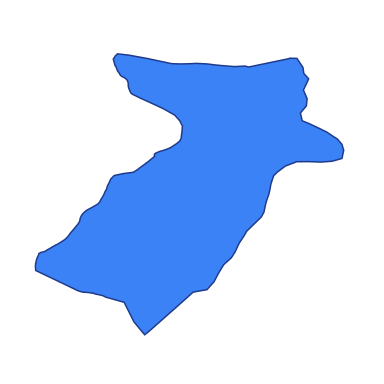 Thula, Amran, Yemen, rotated 99°
{"feature_id": "15242507B3990952227589", "entity_name": "Thula", "entity_type": "district", "adm_level": 2, "iso_a3": "YEM", "parent_name": "Yemen", "parent_adm1": "Amran", "projection": "equal_earth", "projection_center": [43.832, 15.591], "detail": "fine", "context": "isolated", "style": "filled", "palette": "blue", "viewbox_px": 384, "rotation_deg": 99, "n_neighbors": 0, "source": "geoboundaries", "source_scale": "gbopen_adm2", "svg_char_len": 2908}
<svg xmlns="http://www.w3.org/2000/svg" viewBox="0 0 384 384"><g transform="rotate(99 192 192)"><path d="M340.4,216.4L336.5,212.8L321.6,200.5L300.7,183.3L290.7,175.2L286.1,161.9L277.2,156.2L268.6,153.3L258.8,149.3L250.9,142.9L244.8,140.2L234.9,137.3L227.1,133.7L222.3,131.9L213.3,125.2L205.8,119.6L200.7,117.8L191.6,117.3L186.7,116.6L182.0,115.7L176.9,115.4L171.7,115.3L163.2,113.9L159.1,110.9L151.8,103.9L145.6,93.1L145.3,90.8L143.8,81.8L143.0,75.5L142.3,69.4L139.7,58.4L135.4,49.1L127.0,48.7L121.4,51.4L116.9,56.8L114.6,62.1L111.8,68.1L109.8,74.5L106.3,86.3L104.4,94.3L97.0,97.3L89.1,92.5L81.8,92.9L73.9,97.9L66.1,95.6L62.0,94.5L57.4,100.1L51.6,101.9L43.6,109.3L44.6,116.6L45.1,116.9L45.5,118.1L59.7,155.6L59.3,159.3L60.9,166.9L61.5,169.9L62.4,181.4L62.9,189.6L63.1,196.7L64.2,207.3L65.8,215.1L67.3,223.2L68.1,229.5L68.4,232.5L67.7,246.2L67.1,257.6L66.7,276.0L67.2,287.2L69.4,288.9L71.4,289.8L72.7,290.5L73.6,290.3L77.1,288.7L78.9,288.0L80.1,286.7L82.1,285.6L84.4,284.3L85.7,282.7L87.0,281.8L88.4,280.3L89.1,278.5L89.7,276.8L90.7,274.7L91.8,273.4L93.5,272.5L94.8,271.9L96.3,271.7L98.1,271.3L99.4,270.7L100.8,269.8L101.6,269.4L102.3,269.0L103.6,268.0L104.5,266.8L105.2,264.8L107.9,255.9L111.6,242.4L114.1,233.7L118.8,221.1L123.6,215.2L128.4,211.8L134.5,211.3L141.0,211.2L143.8,212.2L144.2,212.6L145.4,213.7L146.7,214.8L147.8,216.1L148.5,216.8L148.9,217.3L150.1,218.5L151.1,219.6L152.1,221.0L153.0,222.5L153.9,224.0L155.0,226.1L155.9,227.8L156.5,229.4L157.3,230.8L158.3,232.4L159.2,233.8L159.3,233.9L160.0,234.6L160.4,235.0L161.9,234.9L162.6,234.5L168.8,240.0L176.0,247.1L178.6,249.5L181.7,253.1L182.9,257.1L184.6,262.9L184.8,263.5L187.9,271.4L191.9,274.3L192.6,274.4L194.3,274.9L195.9,275.4L197.3,275.8L198.6,276.3L200.3,276.6L201.8,276.8L203.1,277.0L204.4,277.6L205.8,278.1L207.8,278.5L209.3,279.0L210.9,279.6L211.9,280.0L212.5,280.3L214.3,281.0L215.7,281.4L217.2,282.2L218.4,283.0L219.6,284.3L220.8,285.8L221.9,287.2L222.9,288.4L223.9,289.7L224.9,291.1L226.0,292.5L227.1,293.7L228.3,294.8L229.5,295.7L231.0,296.8L232.6,297.5L234.0,297.9L235.5,298.3L237.0,298.3L238.4,298.4L239.9,298.9L241.5,299.6L243.2,300.6L244.7,301.5L246.0,302.3L247.3,303.0L248.5,303.8L250.0,304.7L251.9,305.9L253.2,306.5L254.7,307.2L256.5,308.4L258.0,309.5L259.2,310.5L260.2,311.7L261.4,312.9L262.5,314.3L264.2,316.1L265.8,318.5L267.1,320.0L268.1,321.4L269.1,322.5L270.2,323.8L271.3,325.3L272.3,326.5L273.4,327.7L274.3,329.0L274.8,330.7L275.6,332.2L276.7,333.6L278.1,333.8L279.6,334.1L280.9,334.6L282.3,334.8L283.7,335.1L285.2,335.1L286.6,335.2L287.0,335.3L289.6,335.1L294.0,334.1L307.4,289.0L307.9,285.1L308.0,284.3L307.9,282.6L307.7,280.9L307.5,279.0L307.5,277.0L307.5,275.1L307.5,273.5L307.9,271.1L308.0,269.3L308.0,269.0L308.0,267.6L308.2,265.8L308.3,264.2L308.7,262.6L309.3,261.1L311.6,241.7L329.4,229.0L332.7,225.2L335.7,221.8L336.6,220.8L338.5,218.6L340.4,216.4Z" fill="#3b82f6" stroke="#1e3a8a" stroke-width="1.5"/></g></svg>